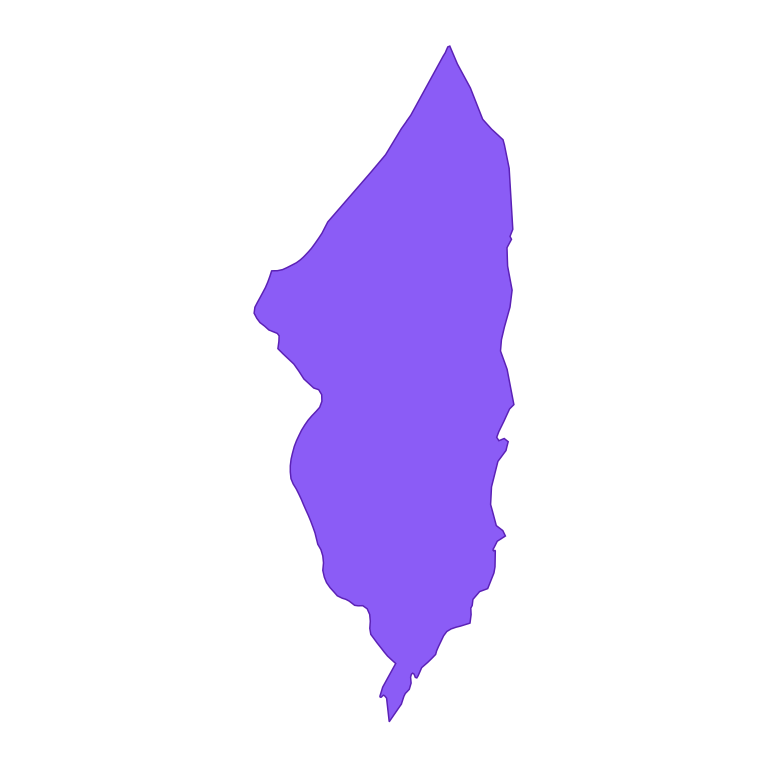 the district of Washhah, Hajjah, Yemen
{"feature_id": "15242507B45949371630165", "entity_name": "Washhah", "entity_type": "district", "adm_level": 2, "iso_a3": "YEM", "parent_name": "Yemen", "parent_adm1": "Hajjah", "projection": "equal_earth", "projection_center": [43.377, 16.335], "detail": "fine", "context": "isolated", "style": "filled", "palette": "violet", "viewbox_px": 768, "rotation_deg": 0, "n_neighbors": 0, "source": "geoboundaries", "source_scale": "gbopen_adm2", "svg_char_len": 2717}
<svg xmlns="http://www.w3.org/2000/svg" viewBox="0 0 768 768"><path d="M271.6,270.9L269.9,276.3L267.7,282.3L265.4,287.6L262.8,292.5L260.1,297.5L257.4,302.4L254.9,307.2L254.1,313.2L254.7,314.3L256.8,318.3L260.0,322.6L264.7,326.2L268.9,330.0L277.3,333.4L279.1,335.8L278.9,341.3L277.9,348.7L283.3,354.1L293.8,364.0L298.9,371.2L303.9,379.0L313.7,388.0L318.7,389.7L321.7,394.7L321.9,401.3L319.7,407.3L316.0,411.5L315.5,412.0L311.6,416.1L308.1,420.2L305.1,424.5L304.7,425.1L301.5,430.3L299.0,435.4L296.5,440.7L294.3,446.4L292.4,453.5L291.1,459.1L290.3,465.8L290.3,472.0L291.0,478.7L293.2,484.0L296.3,489.0L298.9,494.2L301.3,499.3L303.5,504.6L305.8,509.8L308.3,515.3L310.6,520.8L313.1,527.5L315.0,532.9L316.4,538.6L317.8,544.3L320.9,549.6L322.8,555.9L323.5,562.9L322.8,570.4L324.3,577.1L326.0,581.3L326.6,582.7L330.1,587.7L333.9,591.9L337.3,595.8L342.2,598.2L345.8,599.3L349.2,601.1L352.8,603.9L354.6,605.3L358.1,605.8L361.9,605.7L362.8,605.7L367.2,608.8L369.7,614.5L370.3,621.2L369.8,628.4L370.8,634.4L374.0,638.7L377.3,643.2L380.8,647.6L384.1,651.9L387.6,656.1L391.8,660.0L395.7,663.5L382.7,687.1L379.9,696.3L380.3,697.2L381.4,697.1L382.6,695.8L383.7,695.2L384.9,696.1L386.6,698.2L387.1,702.8L389.2,721.6L389.1,721.9L401.5,703.9L401.5,703.7L403.9,696.3L405.3,693.5L409.3,689.3L411.1,683.1L410.6,677.2L411.4,674.2L412.7,673.2L414.1,674.2L415.3,677.4L416.8,677.9L418.1,675.8L421.7,667.6L427.7,662.4L431.6,658.6L435.6,654.5L436.4,651.7L436.5,651.1L438.5,646.5L440.9,641.5L443.6,635.8L446.8,631.5L451.1,628.9L456.1,627.2L460.5,626.1L470.0,623.1L471.1,614.6L470.8,608.1L472.2,605.5L472.9,599.7L473.0,599.3L479.6,591.6L487.7,588.6L493.8,573.3L494.0,572.6L495.0,566.8L495.3,551.1L495.1,550.5L494.6,550.4L493.8,550.9L493.1,550.3L493.2,549.0L494.0,547.7L497.0,541.7L497.3,541.2L505.4,536.0L502.8,530.6L496.3,525.6L492.3,510.6L490.6,504.5L491.5,486.9L493.2,480.2L497.9,461.4L506.0,450.5L506.9,446.7L508.2,441.7L504.2,438.5L498.9,440.7L496.7,437.3L498.8,431.7L503.9,421.3L506.4,415.8L509.6,408.9L512.2,406.3L513.9,404.6L512.8,399.0L510.3,386.0L507.1,369.3L500.5,351.0L501.4,340.2L501.4,339.9L504.1,328.4L504.4,327.1L510.0,307.1L512.1,290.1L507.6,266.1L507.4,260.5L507.0,247.7L508.8,244.3L511.5,239.3L510.0,236.4L512.8,229.3L509.2,169.2L509.2,168.5L504.4,144.8L503.0,139.7L491.5,129.1L482.7,119.3L470.4,88.0L457.4,64.0L449.8,46.1L447.8,46.9L446.5,49.8L445.3,52.7L443.3,55.9L410.8,115.2L406.7,121.0L406.1,122.0L401.4,128.6L396.2,137.2L385.6,154.7L370.3,172.9L327.8,221.9L324.9,227.5L322.0,233.2L318.9,237.9L315.0,243.5L312.0,247.6L311.4,248.4L308.0,252.3L304.3,256.2L303.2,257.3L300.3,259.9L296.3,262.8L291.5,265.3L287.0,267.6L282.6,269.6L277.5,270.7L272.8,270.8L271.6,270.9Z" fill="#8b5cf6" stroke="#5b21b6" stroke-width="1.5"/></svg>